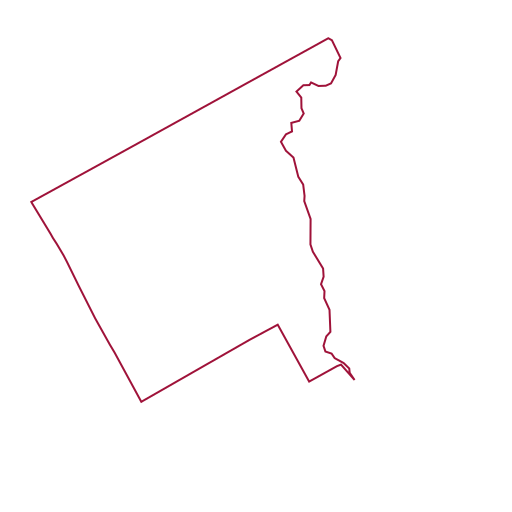 Twin Falls, Idaho, United States of America (Robinson projection), rotated 61°
{"feature_id": "52423323B42064959468604", "entity_name": "Twin Falls", "entity_type": "district", "adm_level": 2, "iso_a3": "USA", "parent_name": "United States of America", "parent_adm1": "Idaho", "projection": "robinson", "projection_center": [-114.6, 42.456], "detail": "fine", "context": "isolated", "style": "outline", "palette": "rose", "viewbox_px": 512, "rotation_deg": 61, "n_neighbors": 0, "source": "geoboundaries", "source_scale": "gbopen_adm2", "svg_char_len": 938}
<svg xmlns="http://www.w3.org/2000/svg" viewBox="0 0 512 512"><g transform="rotate(61 256 256)"><path d="M100.6,87.2L100.5,140.3L100.2,313.3L99.8,426.3L101.7,426.3L137.2,424.9L141.7,424.9L148.7,424.4L162.2,424.0L169.7,424.2L195.5,425.5L232.4,426.9L262.6,426.8L271.9,426.5L327.9,427.0L326.2,302.5L326.6,270.3L391.6,270.4L391.6,238.5L392.2,234.3L412.2,229.9L403.6,230.7L399.6,229.0L392.2,231.2L383.5,236.7L378.0,237.2L373.2,241.6L367.3,240.5L360.4,233.5L358.4,227.7L338.7,217.8L325.9,216.8L319.9,213.1L312.2,212.8L306.9,206.9L299.5,203.4L279.8,204.2L272.3,202.8L250.1,190.3L231.4,187.2L227.0,184.4L216.4,180.1L207.2,180.6L188.1,175.5L178.5,178.8L168.2,178.8L164.1,170.8L164.5,164.1L156.7,160.6L158.7,152.6L154.5,145.2L148.8,144.6L139.4,139.6L131.8,140.9L129.6,131.8L132.4,126.4L130.9,123.7L137.6,118.9L140.9,112.4L141.4,106.7L136.3,98.6L125.5,89.7L123.8,86.1L104.1,85.0L100.6,87.2Z" fill="none" stroke="#9f1239" stroke-width="2"/></g></svg>